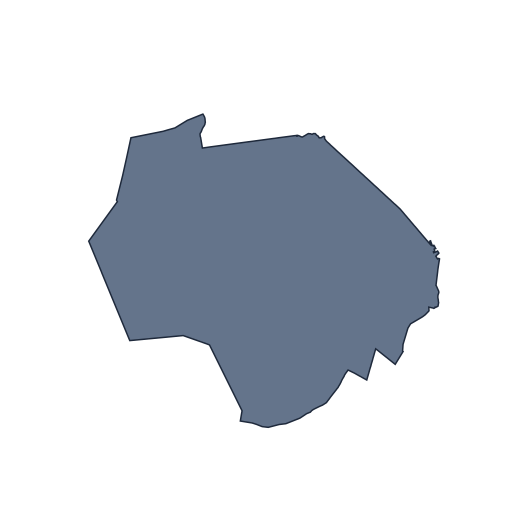 outline of Milpa Alta, Distrito Federal, Mexico, rotated 55°
{"feature_id": "50627088B10740094064214", "entity_name": "Milpa Alta", "entity_type": "district", "adm_level": 2, "iso_a3": "MEX", "parent_name": "Mexico", "parent_adm1": "Distrito Federal", "projection": "orthographic", "projection_center": [-99.043, 19.138], "detail": "fine", "context": "isolated", "style": "filled", "palette": "slate", "viewbox_px": 512, "rotation_deg": 55, "n_neighbors": 0, "source": "geoboundaries", "source_scale": "gbopen_adm2", "svg_char_len": 5401}
<svg xmlns="http://www.w3.org/2000/svg" viewBox="0 0 512 512"><g transform="rotate(55 256 256)"><path d="M398.8,133.1L398.7,133.0L398.2,132.8L397.7,132.6L397.3,132.4L396.8,132.0L396.6,131.9L394.8,131.1L394.4,130.9L394.1,130.7L393.7,130.4L393.3,130.1L392.9,129.8L392.6,129.5L391.9,128.7L391.6,128.2L391.4,127.9L391.1,127.6L390.7,127.1L389.5,126.5L389.3,126.5L388.5,126.3L388.4,126.3L383.8,125.4L383.4,125.5L376.6,119.4L373.6,116.7L371.3,114.7L367.3,110.9L363.6,107.3L362.8,107.7L362.5,109.0L361.5,108.9L360.5,108.9L360.4,108.8L359.8,108.8L359.3,108.8L359.0,107.3L358.9,106.6L358.9,106.1L358.8,105.6L358.8,105.4L358.7,105.1L358.6,104.8L358.5,104.5L357.8,104.6L357.4,104.5L356.1,104.4L355.8,106.2L355.8,106.6L355.2,108.6L354.7,108.4L354.3,108.3L354.3,108.2L354.6,107.2L354.3,106.8L354.2,106.7L353.8,106.4L353.2,106.3L352.5,106.1L352.6,105.0L352.9,104.8L353.0,104.5L351.5,104.4L350.3,104.1L350.1,104.7L349.2,104.3L349.0,104.8L348.7,105.7L347.3,105.3L344.9,104.7L343.7,104.3L343.5,105.2L348.3,106.3L346.1,106.6L345.8,106.7L345.1,106.7L343.7,106.9L342.1,107.0L341.4,107.1L340.7,107.2L339.3,107.3L339.2,107.3L337.1,107.5L336.4,107.6L334.9,107.7L334.3,107.8L331.8,108.0L329.9,108.2L329.2,108.3L328.5,108.3L328.2,108.4L327.5,108.4L324.3,108.7L324.2,108.7L323.1,108.8L322.7,108.9L320.5,109.1L320.1,109.1L319.4,109.2L317.1,109.4L316.5,109.5L314.6,109.6L313.7,109.7L312.2,109.9L311.7,109.9L308.5,110.2L308.0,110.3L306.5,110.4L300.2,111.0L295.9,111.9L294.0,112.3L292.2,112.8L291.3,113.0L290.5,113.1L290.3,113.2L289.8,113.3L289.4,113.4L288.4,113.6L287.7,113.7L284.4,114.5L282.8,114.8L281.7,115.1L281.1,115.2L280.6,115.3L280.1,115.4L279.7,115.5L275.9,116.3L273.9,116.8L272.0,117.2L271.3,117.3L269.9,117.6L264.8,118.8L263.6,119.0L262.4,119.3L259.0,120.0L258.4,120.2L257.8,120.3L255.5,120.8L253.9,121.2L252.3,121.5L251.7,121.6L247.5,122.6L245.7,123.0L243.3,123.5L242.5,123.7L240.9,124.0L240.2,124.2L238.1,124.6L234.9,125.3L232.9,125.8L230.9,126.2L227.3,127.0L225.8,127.3L224.3,127.7L224.1,127.7L223.6,127.8L223.0,128.0L222.7,128.0L221.6,128.3L220.5,128.5L220.0,128.6L219.2,128.8L218.5,129.0L217.5,129.2L216.6,129.4L215.7,129.6L214.6,129.8L213.6,130.0L210.5,130.7L207.5,131.4L207.0,131.4L206.2,131.6L203.5,132.2L203.2,132.3L201.9,132.5L200.8,132.5L199.9,132.5L199.5,132.5L199.2,132.4L198.7,132.2L198.2,131.8L197.9,131.6L197.6,131.4L197.3,131.5L197.2,131.5L196.9,131.8L196.7,132.0L196.5,133.9L196.5,134.5L196.5,134.8L196.4,135.0L196.2,135.3L195.7,136.1L195.5,136.4L195.4,136.5L195.1,136.5L194.8,136.5L194.6,136.4L194.3,136.4L194.2,136.3L193.9,136.3L193.6,136.3L193.4,136.4L193.2,136.4L191.9,136.9L191.6,137.0L191.4,137.0L191.2,137.1L190.5,137.1L190.4,137.1L190.2,137.1L189.9,137.2L189.8,137.3L189.7,137.3L189.6,137.5L188.9,138.3L188.8,138.5L188.7,138.7L188.6,138.9L188.6,139.1L188.6,139.9L188.5,140.1L188.5,140.3L188.4,140.4L188.3,140.5L188.2,140.6L187.7,140.8L187.4,141.0L187.2,141.1L187.1,141.3L186.1,142.5L185.9,142.7L185.8,142.8L185.8,143.0L185.7,143.2L185.7,143.5L185.6,143.9L185.6,144.5L185.5,145.2L185.5,146.5L185.4,147.1L185.3,147.9L185.3,148.3L185.2,149.2L185.2,149.6L185.0,149.9L184.8,150.2L184.4,150.5L183.7,151.0L183.4,151.1L182.1,151.9L182.0,152.0L181.9,152.1L181.1,152.6L180.9,152.9L180.9,153.1L180.9,153.3L181.0,153.4L181.1,153.5L181.3,153.6L181.2,153.7L181.2,153.8L181.1,154.0L180.3,153.9L180.2,154.3L179.5,155.5L172.2,169.5L170.3,173.3L170.0,173.8L168.9,175.9L168.4,176.9L167.2,179.2L158.8,195.4L158.0,196.9L140.2,231.3L138.7,234.3L136.8,238.0L129.1,234.3L128.2,233.9L127.0,233.3L126.3,233.2L125.6,232.8L125.0,232.5L124.6,232.3L124.0,231.9L123.5,231.4L123.3,230.7L122.8,229.6L122.2,228.7L121.7,228.0L121.4,227.6L121.0,226.9L120.6,226.2L120.2,225.3L119.9,224.6L119.8,224.1L119.5,223.5L119.1,222.8L118.8,222.3L118.3,221.9L117.9,221.4L117.5,220.9L117.0,220.6L116.8,220.5L115.9,220.0L114.9,219.4L114.2,219.0L113.8,218.8L113.1,218.6L112.5,218.4L111.5,218.3L110.7,218.2L109.3,218.1L109.1,218.9L105.8,233.2L105.5,234.3L104.6,248.9L102.2,255.7L100.6,260.5L87.4,290.6L101.0,305.3L113.7,319.2L130.2,338.2L132.0,338.4L132.2,339.1L147.9,384.5L180.3,391.7L181.4,392.0L249.2,407.1L252.9,407.9L257.9,399.1L270.6,376.8L279.4,361.3L300.2,346.4L302.2,345.1L374.8,356.2L376.8,358.2L382.2,363.5L390.6,354.9L394.3,352.1L399.3,348.8L403.4,344.2L407.3,333.7L410.5,327.7L414.0,313.0L414.2,304.9L414.6,303.2L414.7,302.6L415.1,301.1L414.6,299.0L414.6,298.7L414.6,297.2L414.8,295.7L414.9,295.0L415.6,290.5L415.7,289.9L416.3,287.0L416.5,282.4L416.0,281.0L414.9,277.5L414.5,276.5L413.2,272.3L411.8,267.7L411.7,267.3L411.1,265.6L410.8,264.3L410.1,263.0L409.9,262.5L409.8,262.2L409.6,261.8L409.4,261.4L408.9,260.2L408.7,259.9L408.5,259.6L408.3,259.2L407.9,258.4L407.4,257.7L406.9,256.8L406.5,256.0L406.3,255.6L405.1,252.9L404.4,251.9L403.7,250.2L403.4,249.4L403.0,248.2L402.2,246.0L407.6,243.0L408.3,242.6L412.7,240.5L413.3,240.2L421.1,236.4L415.2,229.1L414.9,228.8L413.3,226.8L412.7,226.0L412.5,225.7L411.6,224.6L410.7,223.6L409.3,221.8L408.2,220.4L407.5,219.6L406.5,218.4L405.1,216.6L404.1,215.4L400.7,211.2L403.5,210.3L424.6,204.1L420.6,194.9L418.6,190.3L418.0,190.5L412.7,186.2L402.2,172.9L400.2,168.3L401.3,154.5L401.2,151.1L400.3,146.4L400.2,145.9L400.1,145.7L397.0,143.8L398.7,142.2L399.7,141.3L400.4,140.6L400.6,140.5L400.9,140.4L401.0,139.8L401.0,139.1L400.6,138.6L401.2,138.1L401.2,137.6L401.5,136.2L401.5,135.8L401.5,135.7L400.2,134.4L399.0,133.2L398.8,133.1Z" fill="#64748b" stroke="#1e293b" stroke-width="1.5"/></g></svg>